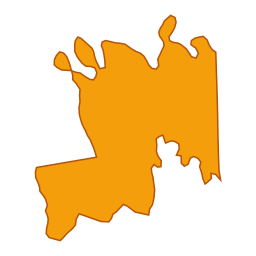 the district of Coronel Barros, Rio Grande do Sul, Brazil
{"feature_id": "56859067B68301382836853", "entity_name": "Coronel Barros", "entity_type": "district", "adm_level": 2, "iso_a3": "BRA", "parent_name": "Brazil", "parent_adm1": "Rio Grande do Sul", "projection": "natural_earth1", "projection_center": [-54.066, -28.404], "detail": "fine", "context": "isolated", "style": "filled", "palette": "amber", "viewbox_px": 256, "rotation_deg": 0, "n_neighbors": 0, "source": "geoboundaries", "source_scale": "gbopen_adm2", "svg_char_len": 2238}
<svg xmlns="http://www.w3.org/2000/svg" viewBox="0 0 256 256"><path d="M220.6,180.0L219.0,170.6L218.4,153.5L218.0,137.5L217.5,109.5L217.3,101.4L215.8,52.2L212.0,49.4L209.2,45.1L207.1,39.9L203.2,36.4L199.4,37.0L195.1,38.1L191.4,40.5L191.0,44.7L195.8,48.1L198.4,53.4L196.0,58.2L191.4,56.6L188.4,51.8L186.0,48.6L180.5,44.2L177.6,43.0L173.5,42.4L169.6,40.7L169.0,36.8L172.2,32.2L174.6,27.8L176.1,22.2L175.0,17.6L170.6,15.4L164.3,21.1L162.5,25.1L160.4,28.0L158.8,32.2L159.6,36.0L163.5,41.8L164.0,45.9L161.6,51.0L157.8,59.2L158.7,65.9L156.1,69.1L151.8,68.3L148.9,65.1L146.5,60.5L143.9,56.2L140.7,53.4L136.1,51.5L131.6,48.9L125.2,44.3L120.4,43.3L115.2,42.8L109.1,41.3L105.7,40.5L102.2,42.0L101.4,45.8L103.0,49.8L104.0,54.7L104.9,61.4L105.2,67.6L99.9,68.6L96.1,61.0L94.4,55.8L93.7,51.8L91.9,48.1L87.7,44.3L81.2,38.5L77.9,37.0L75.3,40.7L74.7,44.7L74.8,51.4L77.1,56.6L79.6,60.1L82.4,63.5L85.8,66.1L90.5,66.5L94.8,67.8L96.8,72.6L95.8,76.5L93.4,79.9L89.8,79.3L85.6,76.9L80.2,73.0L75.2,72.1L71.5,70.7L72.8,75.7L72.7,79.7L76.3,83.6L80.0,89.4L79.6,95.5L80.0,101.9L79.0,107.4L79.3,114.0L80.5,119.0L81.8,123.2L83.4,126.9L85.2,130.2L87.4,135.3L90.3,140.0L92.3,144.8L93.9,148.6L95.3,152.9L96.5,157.2L36.5,167.5L35.4,172.1L35.8,177.7L38.3,183.4L39.5,186.9L39.9,191.2L43.6,195.9L45.6,199.4L47.4,205.2L45.5,210.9L47.2,215.0L48.2,218.9L47.8,223.5L46.6,228.1L46.2,233.7L49.2,237.6L60.2,240.6L63.8,237.1L66.1,234.4L68.8,231.8L72.5,228.6L75.5,224.8L76.1,219.3L79.1,213.8L100.9,221.5L108.8,221.9L111.4,218.5L113.0,214.1L115.9,212.2L119.1,208.9L123.4,204.4L127.4,206.2L135.3,212.1L148.7,215.0L149.6,209.2L152.5,204.6L154.0,197.7L154.7,189.8L153.7,183.0L153.0,177.3L151.8,172.9L151.3,168.1L154.0,164.6L157.6,167.1L160.9,166.7L161.3,160.8L158.0,156.1L156.4,151.6L156.8,145.4L156.2,138.8L159.2,136.5L162.8,135.1L165.6,143.1L170.9,140.9L174.3,141.3L178.7,143.8L179.3,148.8L176.4,155.2L181.1,155.9L181.3,163.2L184.3,166.2L188.2,164.1L190.3,158.1L193.7,156.5L198.0,158.4L200.8,162.1L199.6,166.7L202.1,174.4L202.7,178.2L205.1,184.0L208.0,181.7L211.3,178.5L211.1,173.3L215.6,174.4L220.6,180.0ZM54.2,64.8L57.1,67.4L61.6,70.0L66.8,70.3L71.5,70.7L69.2,62.6L66.8,56.8L63.8,53.2L59.7,51.8L56.4,55.5L54.4,59.7L54.2,64.8Z" fill="#f59e0b" stroke="#b45309" stroke-width="1.5"/></svg>